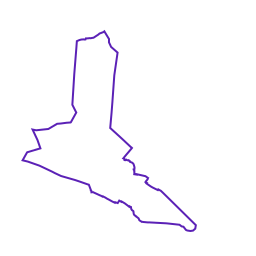 outline of Tlalixtac de Cabrera, Oaxaca, Mexico, rotated 286°
{"feature_id": "50627088B32865736340777", "entity_name": "Tlalixtac de Cabrera", "entity_type": "district", "adm_level": 2, "iso_a3": "MEX", "parent_name": "Mexico", "parent_adm1": "Oaxaca", "projection": "natural_earth1", "projection_center": [-96.634, 17.078], "detail": "fine", "context": "isolated", "style": "outline", "palette": "violet", "viewbox_px": 256, "rotation_deg": 286, "n_neighbors": 0, "source": "geoboundaries", "source_scale": "gbopen_adm2", "svg_char_len": 2626}
<svg xmlns="http://www.w3.org/2000/svg" viewBox="0 0 256 256"><g transform="rotate(286 128 128)"><path d="M85.5,160.9L86.5,158.1L86.0,149.0L85.6,149.2L85.3,146.8L85.5,146.8L85.7,146.7L86.1,146.6L87.8,146.1L88.1,145.9L88.3,145.9L88.5,146.0L89.2,145.4L89.4,145.0L89.6,144.9L89.8,145.5L90.4,145.5L91.1,145.2L91.4,145.3L92.5,144.8L93.4,144.2L93.7,144.1L93.8,144.0L94.2,143.7L95.2,142.9L95.9,141.3L95.9,140.6L96.0,139.8L96.0,139.3L96.6,139.0L96.6,138.8L96.6,138.5L96.7,138.3L96.7,138.1L96.9,137.8L97.2,137.6L97.2,137.4L97.2,137.2L97.0,136.9L96.8,136.4L96.9,135.6L96.9,135.3L97.0,135.1L97.1,134.9L96.9,134.7L96.4,134.5L96.3,134.3L96.3,134.0L96.2,133.6L96.2,133.4L96.4,133.3L96.9,133.3L97.1,133.2L97.3,133.0L97.3,132.6L97.6,132.2L97.6,131.9L100.0,132.9L102.7,134.1L105.3,135.3L109.9,137.3L110.3,136.6L110.3,136.3L115.8,125.6L123.1,110.9L138.1,108.0L148.4,105.9L174.9,100.3L197.6,97.2L201.3,89.4L205.1,86.1L208.3,85.2L214.4,78.6L213.5,78.0L211.6,75.5L211.0,74.6L209.7,73.8L205.3,70.0L204.6,68.5L204.0,67.4L203.7,66.0L203.2,65.0L202.5,62.8L201.4,62.7L201.0,61.6L201.0,61.0L200.2,58.8L199.2,57.1L197.4,54.9L190.7,56.3L165.0,61.5L149.1,65.0L135.0,68.1L128.6,74.0L117.8,71.5L117.5,71.3L116.1,67.5L113.8,62.2L112.5,58.7L105.1,51.7L100.5,40.4L100.2,36.7L91.5,44.3L84.3,49.4L76.9,37.8L76.7,37.7L67.9,35.6L68.1,41.0L67.4,53.2L65.1,67.2L64.5,70.1L63.8,74.4L63.4,76.9L63.4,79.8L63.4,86.8L63.4,91.4L63.2,96.2L62.7,104.8L62.7,106.0L58.0,109.5L57.8,109.5L57.7,109.5L57.6,110.0L57.2,110.2L56.1,110.6L56.7,112.1L56.4,113.8L56.1,115.9L56.0,116.5L55.5,119.7L55.5,120.3L55.0,122.5L55.4,122.7L55.0,124.5L54.9,125.3L54.4,126.9L54.4,127.0L54.2,127.7L54.0,128.9L53.5,131.0L52.9,133.6L52.8,134.5L52.5,136.1L52.9,136.2L53.1,136.2L53.1,136.8L53.0,138.8L55.8,139.6L55.2,142.0L55.6,142.1L54.7,145.6L53.2,149.5L52.6,150.9L53.1,151.0L53.0,151.3L53.0,151.7L52.9,152.6L52.0,153.0L51.0,153.5L50.9,153.6L50.3,154.3L50.1,154.5L50.0,154.8L49.9,155.2L49.6,156.0L49.4,156.2L48.8,156.4L48.5,156.5L48.2,156.7L47.9,156.8L47.2,157.1L46.6,157.5L46.2,157.9L45.6,159.5L45.5,159.4L45.2,160.0L45.1,160.4L44.6,161.8L44.1,163.0L43.2,163.8L42.5,164.3L42.4,164.5L42.0,165.7L41.8,166.6L41.6,167.2L41.7,167.3L41.8,167.8L41.9,168.8L42.7,173.0L43.3,175.2L47.0,191.4L49.2,204.2L48.2,206.7L48.4,208.5L46.0,211.8L45.8,213.2L46.2,216.4L47.3,218.8L49.8,220.4L53.3,220.0L75.4,179.4L76.7,176.9L76.8,176.4L77.3,174.2L77.2,174.2L76.5,173.9L77.6,168.0L77.9,166.8L77.9,166.7L78.8,163.9L79.8,161.0L80.2,161.2L80.4,161.3L80.8,160.1L80.9,159.7L82.1,160.1L82.5,160.3L83.9,160.9L84.3,161.0L84.7,161.0L84.9,161.0L85.0,160.9L85.3,160.8L85.5,160.9Z" fill="none" stroke="#5b21b6" stroke-width="2"/></g></svg>